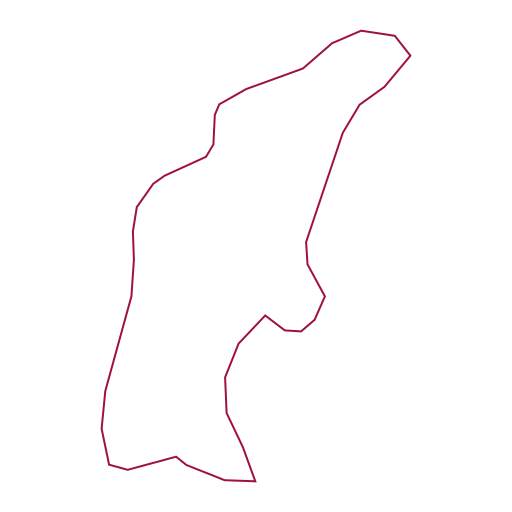 SVG path tracing the border of Saipan
{"feature_id": "MNP-4939", "entity_name": "Saipan", "entity_type": "state/province", "adm_level": 1, "iso_a3": "MNP", "parent_name": "Northern Mariana Islands", "parent_adm1": "", "projection": "natural_earth1", "projection_center": [145.747, 15.184], "detail": "fine", "context": "isolated", "style": "outline", "palette": "rose", "viewbox_px": 512, "rotation_deg": 0, "n_neighbors": 0, "source": "natural_earth", "source_scale": "10m", "svg_char_len": 587}
<svg xmlns="http://www.w3.org/2000/svg" viewBox="0 0 512 512"><path d="M332.1,43.2L361.1,30.7L394.8,35.8L410.4,55.7L384.5,86.8L359.6,104.7L342.8,132.8L306.1,242.1L307.5,264.3L324.9,296.4L314.6,319.8L301.1,331.4L284.8,330.4L265.2,315.5L238.6,343.6L225.1,377.3L226.6,413.0L242.9,447.2L255.3,481.3L224.6,480.2L186.4,465.0L176.1,456.7L127.7,469.8L109.1,464.7L101.6,428.8L105.3,391.0L131.4,296.4L133.9,259.9L132.9,231.5L136.8,207.1L153.3,183.7L164.8,175.6L206.0,156.8L213.4,144.5L214.8,114.9L219.3,104.3L246.1,89.1L302.9,68.5L332.1,43.2Z" fill="none" stroke="#9f1239" stroke-width="2"/></svg>